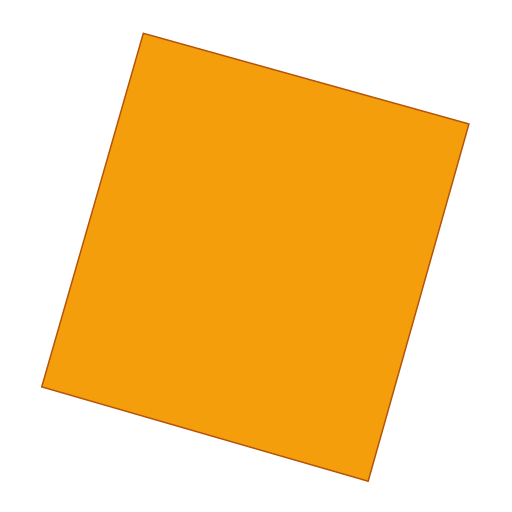 the district of Isabella, Michigan, United States of America, rotated 106°
{"feature_id": "52423323B85066348790949", "entity_name": "Isabella", "entity_type": "district", "adm_level": 2, "iso_a3": "USA", "parent_name": "United States of America", "parent_adm1": "Michigan", "projection": "natural_earth1", "projection_center": [-84.887, 43.641], "detail": "fine", "context": "isolated", "style": "filled", "palette": "amber", "viewbox_px": 512, "rotation_deg": 106, "n_neighbors": 0, "source": "geoboundaries", "source_scale": "gbopen_adm2", "svg_char_len": 237}
<svg xmlns="http://www.w3.org/2000/svg" viewBox="0 0 512 512"><g transform="rotate(106 256 256)"><path d="M70.4,87.7L73.0,425.7L257.2,425.7L440.9,425.9L441.6,86.1L70.4,87.7Z" fill="#f59e0b" stroke="#b45309" stroke-width="1.5"/></g></svg>